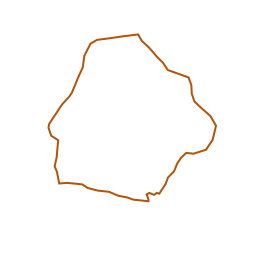 Pyoksong, Hwanghae-namdo, North Korea (Natural Earth projection), rotated 33°
{"feature_id": "82179303B11091889229707", "entity_name": "Pyoksong", "entity_type": "district", "adm_level": 2, "iso_a3": "PRK", "parent_name": "North Korea", "parent_adm1": "Hwanghae-namdo", "projection": "natural_earth1", "projection_center": [125.467, 38.097], "detail": "fine", "context": "isolated", "style": "outline", "palette": "amber", "viewbox_px": 256, "rotation_deg": 33, "n_neighbors": 0, "source": "geoboundaries", "source_scale": "gbopen_adm2", "svg_char_len": 913}
<svg xmlns="http://www.w3.org/2000/svg" viewBox="0 0 256 256"><g transform="rotate(33 128 128)"><path d="M205.3,103.7L205.4,91.8L200.6,78.2L190.7,73.1L179.2,71.4L169.3,69.6L162.8,64.5L157.9,57.7L151.3,52.6L129.9,57.7L121.7,54.2L113.4,52.5L101.9,49.1L92.1,47.4L85.5,44.0L77.4,50.9L75.5,52.4L63.9,62.6L54.0,71.0L50.6,77.8L52.1,91.4L57.0,101.6L58.5,111.8L60.1,120.3L61.7,128.8L61.6,133.9L59.9,144.0L59.8,154.2L59.7,159.3L59.7,167.8L61.3,171.2L67.8,176.3L76.1,176.3L84.2,191.6L87.4,200.1L92.3,203.5L95.6,206.9L100.5,212.0L107.1,207.0L120.4,200.2L127.0,200.2L136.9,196.9L146.9,191.8L156.8,190.1L165.1,186.7L171.7,185.1L178.3,181.7L185.0,178.3L184.5,177.3L184.2,176.9L179.8,173.5L181.3,170.8L186.3,169.9L187.5,166.7L189.5,166.3L190.0,166.0L190.0,164.7L190.0,157.9L190.1,154.6L188.5,147.8L190.2,139.3L188.6,130.8L188.7,124.0L190.4,117.2L197.0,113.8L205.3,103.7Z" fill="none" stroke="#b45309" stroke-width="2"/></g></svg>